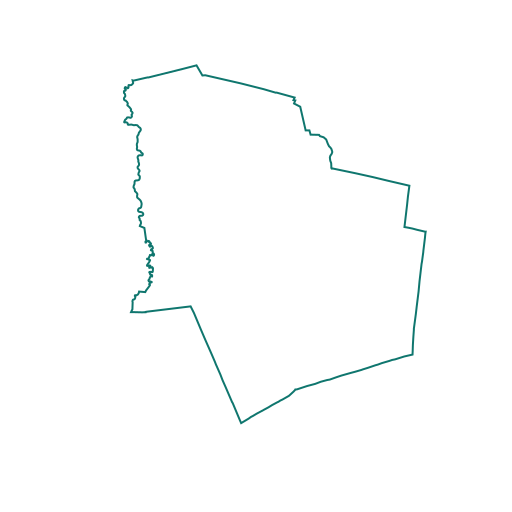 Vartoape, Teleorman, Romania (orthographic projection), rotated 200°
{"feature_id": "2599482B18216830560882", "entity_name": "Vartoape", "entity_type": "district", "adm_level": 2, "iso_a3": "ROU", "parent_name": "Romania", "parent_adm1": "Teleorman", "projection": "orthographic", "projection_center": [25.226, 44.2], "detail": "fine", "context": "isolated", "style": "outline", "palette": "teal", "viewbox_px": 512, "rotation_deg": 200, "n_neighbors": 0, "source": "geoboundaries", "source_scale": "gbopen_adm2", "svg_char_len": 6112}
<svg xmlns="http://www.w3.org/2000/svg" viewBox="0 0 512 512"><g transform="rotate(200 256 256)"><path d="M273.9,418.1L292.5,416.6L293.4,416.2L305.7,415.4L329.3,413.0L365.5,408.5L368.1,407.3L377.1,414.8L388.0,407.3L418.1,387.0L418.8,386.8L420.6,385.7L430.3,379.4L431.4,378.8L432.0,378.8L431.1,377.3L430.7,376.8L430.6,376.5L430.6,376.2L431.0,375.1L431.6,374.1L432.1,373.7L434.1,373.0L434.1,372.6L433.5,371.0L433.5,370.3L433.6,370.0L433.9,369.8L434.4,370.2L434.6,370.1L435.5,369.8L436.3,370.1L436.7,369.8L436.8,369.5L436.7,368.7L436.6,368.4L435.4,368.0L435.2,367.8L435.2,367.0L435.3,366.7L436.1,366.2L436.4,365.8L436.3,365.2L435.8,364.1L434.7,363.5L433.9,362.4L433.6,361.8L433.5,361.5L433.6,360.8L434.0,359.6L434.0,359.1L433.9,358.7L433.4,357.8L432.7,357.4L431.6,357.5L430.9,357.1L429.9,356.7L429.0,355.9L428.6,355.4L428.5,353.8L428.2,353.5L427.3,353.2L425.7,352.5L423.8,351.3L423.4,350.7L423.3,349.7L422.6,349.3L421.7,349.0L421.0,348.4L420.9,348.1L420.9,347.6L421.2,346.0L420.4,345.0L420.4,344.3L420.6,343.6L420.8,343.3L421.3,342.9L422.7,342.8L424.3,342.2L424.5,342.0L424.7,340.8L425.0,340.1L425.4,339.6L425.6,339.0L425.7,337.1L425.7,336.8L425.5,336.6L425.0,336.6L424.2,337.1L423.1,337.3L422.1,336.9L421.8,336.6L421.4,335.7L420.9,335.6L418.0,336.9L415.7,337.1L415.1,337.3L414.2,337.8L412.6,338.2L412.1,338.2L410.1,337.1L408.8,336.8L408.2,336.4L407.9,336.1L407.5,335.4L407.4,335.0L407.5,334.1L408.2,331.8L408.0,329.8L408.4,328.7L408.4,327.4L408.3,327.0L407.2,325.3L406.4,323.2L406.2,322.3L406.3,320.9L406.0,319.6L405.3,318.4L404.9,317.5L404.7,316.2L404.5,315.7L403.9,315.0L403.6,314.9L402.9,314.9L401.3,315.2L400.3,314.9L399.2,313.9L397.8,313.6L397.4,313.3L397.2,312.9L397.2,312.3L397.2,311.9L397.6,311.5L399.3,311.1L400.4,310.5L400.7,310.2L401.1,309.2L401.1,308.6L400.9,307.9L399.3,305.8L398.9,304.5L397.8,303.2L397.4,302.5L397.1,301.7L397.1,301.0L397.6,299.6L397.7,299.1L397.5,298.6L397.3,298.2L396.8,297.8L394.9,296.7L394.6,296.3L394.5,295.9L394.5,295.5L394.7,294.7L394.7,293.9L394.5,292.5L394.2,292.1L392.9,291.5L392.6,291.2L392.3,290.8L391.8,289.2L391.8,288.3L391.9,287.7L392.4,287.1L393.1,286.6L394.7,285.9L395.4,285.2L395.5,284.3L394.8,282.1L394.9,280.2L394.8,279.4L394.6,278.7L394.4,278.4L393.3,277.7L392.8,277.2L391.9,275.5L389.9,274.6L388.9,273.9L388.6,273.5L388.3,271.8L387.8,270.6L387.4,270.2L384.9,269.3L383.7,268.7L382.8,268.0L381.6,266.5L381.2,265.6L380.8,263.6L380.7,262.8L380.7,262.3L381.2,261.5L382.2,260.8L382.3,260.5L382.5,260.2L382.6,258.9L382.4,258.5L382.0,257.9L381.4,257.6L380.6,257.6L379.2,257.9L378.4,258.0L377.6,257.9L376.9,257.6L376.3,256.9L376.2,256.6L376.2,255.8L376.9,254.8L377.6,254.6L379.0,253.9L379.3,253.3L379.4,252.8L379.3,252.4L379.2,252.1L378.3,251.6L378.1,251.3L377.6,250.0L376.6,249.6L376.0,248.9L375.6,248.2L375.3,247.5L375.2,246.9L375.5,245.3L375.4,244.4L370.5,244.2L365.0,233.9L364.7,233.8L364.5,233.5L364.3,232.8L364.7,232.1L364.8,231.8L364.6,231.2L364.4,230.9L364.1,230.9L363.9,231.1L363.8,231.8L363.4,232.6L362.1,233.4L361.9,233.4L361.8,233.0L361.5,232.7L361.0,233.0L360.1,232.3L359.1,231.9L358.9,231.6L359.4,231.2L360.1,229.9L360.1,229.5L360.0,229.3L359.1,228.6L358.8,228.5L358.5,228.8L358.3,229.5L358.0,229.8L357.3,229.8L356.7,229.5L355.9,228.7L355.6,228.0L355.8,227.5L356.8,226.3L356.8,226.0L356.7,225.5L356.4,225.4L356.2,225.4L356.0,225.7L355.7,225.8L355.0,225.5L354.7,225.1L354.4,224.2L354.0,223.6L352.9,223.2L352.6,222.9L352.2,222.3L352.2,221.8L352.2,221.5L352.6,221.1L352.9,221.2L353.8,221.9L354.3,222.0L354.5,221.8L354.6,221.1L354.9,220.7L355.7,220.7L356.0,220.6L356.0,220.4L355.8,219.7L356.1,218.9L356.0,218.4L356.0,217.2L356.4,216.7L357.3,216.3L357.4,216.1L357.4,215.9L357.2,215.8L356.1,216.1L355.5,215.9L354.2,215.9L354.1,215.7L354.2,214.8L354.2,214.3L354.4,213.3L355.2,210.4L355.2,209.9L355.0,209.6L354.8,209.5L354.1,209.9L353.3,209.9L353.1,210.0L352.8,210.7L352.4,210.8L352.0,210.7L351.9,210.4L351.9,210.2L352.5,209.3L352.5,208.8L352.2,208.4L351.8,208.5L351.0,209.3L349.8,210.0L349.1,209.7L349.1,209.1L348.5,208.9L347.8,206.5L347.7,206.0L347.8,205.5L349.8,205.0L350.6,204.6L350.7,204.3L350.6,204.0L350.0,203.8L349.5,202.9L349.1,202.5L348.7,202.6L347.3,202.5L347.1,202.4L346.7,201.6L346.7,201.3L346.7,201.2L347.8,201.0L348.1,200.7L348.4,199.3L348.2,198.2L348.7,196.9L348.7,196.3L348.0,195.5L347.5,195.5L346.6,196.0L345.4,195.9L345.2,195.9L345.1,195.6L345.7,195.1L346.2,194.6L346.7,193.5L346.7,193.0L345.8,192.6L345.7,192.2L346.1,190.6L347.5,186.1L347.7,184.2L353.7,182.6L353.5,181.3L353.7,179.9L353.9,179.3L354.9,178.2L355.9,177.9L356.3,177.6L356.2,177.0L355.4,176.4L355.2,175.1L355.2,174.5L355.3,174.1L355.6,173.6L356.4,173.1L356.7,172.7L356.7,171.4L356.6,171.1L356.1,170.4L353.9,163.6L354.1,162.3L354.2,160.5L351.2,161.6L343.8,164.1L340.5,165.4L340.6,165.7L339.4,166.4L300.2,186.3L294.9,181.3L282.7,168.1L274.8,159.7L265.0,149.5L258.5,142.6L256.5,140.3L255.5,139.3L248.9,132.4L244.9,127.8L239.7,122.4L228.4,110.4L228.1,110.3L227.1,109.3L215.1,96.3L212.8,93.9L207.2,100.8L205.8,102.9L205.2,103.6L204.4,104.4L201.4,108.1L192.5,118.1L189.9,121.4L185.7,126.1L185.2,126.5L183.7,128.5L182.1,130.1L177.2,135.9L174.3,141.5L173.4,143.6L173.4,144.0L172.0,144.6L163.5,151.3L156.6,156.1L152.1,160.0L146.7,163.8L144.4,165.1L139.2,169.4L134.8,172.9L126.6,178.8L123.3,181.1L117.7,185.2L117.2,185.7L112.6,189.2L106.5,194.1L104.4,195.6L101.1,198.4L94.7,203.1L92.5,204.9L90.0,206.4L82.3,212.3L75.2,216.9L76.2,220.1L78.2,226.2L80.4,233.6L82.5,241.0L82.7,241.3L85.9,255.9L87.8,263.9L91.1,278.3L93.7,288.2L97.7,305.1L98.1,307.5L100.2,317.1L100.4,317.7L103.4,330.6L104.5,334.9L104.9,336.9L105.4,336.7L113.7,335.7L118.3,335.3L122.4,334.7L126.4,334.0L131.5,355.6L133.6,364.0L135.9,374.5L157.3,371.9L173.3,370.1L190.7,367.8L213.5,364.5L213.9,364.5L214.5,364.0L214.9,364.1L215.2,364.4L215.4,364.6L215.8,365.8L217.0,368.7L217.3,369.2L218.7,370.8L219.5,372.2L220.3,373.9L220.4,375.1L220.4,375.8L219.9,377.5L219.8,379.3L220.1,380.2L221.7,382.3L223.1,383.3L224.9,384.1L226.8,385.9L229.9,389.5L233.1,390.7L236.9,390.5L238.2,391.4L246.2,388.7L248.8,392.3L252.3,391.0L265.5,411.4L272.4,412.3L272.3,415.6L274.1,415.3L273.9,418.1Z" fill="none" stroke="#0f766e" stroke-width="2"/></g></svg>